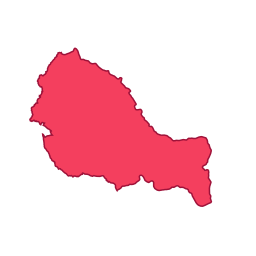 the district of El Peñol, Nariño, Colombia, rotated 105°
{"feature_id": "7082276B8054790353271", "entity_name": "El Peñol", "entity_type": "district", "adm_level": 2, "iso_a3": "COL", "parent_name": "Colombia", "parent_adm1": "Nariño", "projection": "albers", "projection_center": [-77.43, 1.524], "detail": "fine", "context": "isolated", "style": "filled", "palette": "rose", "viewbox_px": 256, "rotation_deg": 105, "n_neighbors": 0, "source": "geoboundaries", "source_scale": "gbopen_adm2", "svg_char_len": 5934}
<svg xmlns="http://www.w3.org/2000/svg" viewBox="0 0 256 256"><g transform="rotate(105 128 128)"><path d="M191.3,122.3L190.7,122.2L189.1,120.4L187.9,119.4L186.0,118.7L185.6,118.2L185.1,116.6L183.9,114.5L183.5,113.2L183.1,112.6L182.2,112.0L181.9,111.5L181.7,110.2L181.1,108.6L179.6,106.5L178.2,105.8L176.0,103.9L175.0,103.4L174.4,103.4L172.3,104.4L171.8,104.5L171.3,104.4L170.6,104.0L170.2,103.0L170.3,102.1L171.0,100.8L172.3,99.5L174.2,98.0L175.0,96.0L175.2,94.6L175.2,93.8L173.6,92.3L173.0,91.5L172.9,90.8L173.2,89.8L174.1,89.1L177.4,88.2L178.0,87.9L179.5,86.4L180.3,84.1L180.4,83.0L180.3,81.7L178.8,78.5L178.5,77.6L177.8,76.2L177.6,75.2L176.3,72.3L175.1,71.0L174.4,70.7L173.8,70.2L173.3,68.2L171.3,66.1L171.0,65.3L171.1,64.3L171.8,62.7L171.8,61.8L171.3,60.7L171.1,59.0L171.7,56.5L171.6,55.0L171.9,54.1L172.1,53.8L173.2,53.2L174.1,52.3L174.5,51.6L174.4,50.9L174.9,49.5L176.1,48.7L176.9,48.3L182.6,42.8L183.9,41.0L184.4,39.5L184.6,37.5L184.2,35.6L182.7,33.6L180.3,30.9L178.6,28.7L178.4,28.4L178.5,28.4L177.6,28.4L174.7,30.2L172.5,30.4L171.9,30.7L171.0,31.8L170.5,32.2L165.4,33.7L163.3,34.0L159.1,33.8L158.6,34.0L155.5,37.4L152.9,37.8L151.3,38.4L150.0,38.5L149.3,38.8L148.1,39.4L147.8,40.1L147.9,41.1L148.3,41.3L149.0,42.7L148.9,43.0L148.2,43.6L148.2,44.0L147.5,45.2L146.6,46.0L146.3,46.0L146.1,45.8L145.3,45.7L144.3,44.7L143.6,43.8L142.9,43.2L141.0,42.8L140.3,42.3L139.7,42.4L139.2,42.7L138.4,42.6L138.1,42.8L134.9,42.1L131.2,41.6L128.5,41.7L127.3,42.3L126.6,43.2L124.4,44.7L123.4,45.1L122.5,46.5L121.7,47.3L120.2,47.8L118.9,48.6L117.4,50.2L117.3,54.3L117.4,55.0L118.4,57.1L120.6,59.9L121.2,62.3L121.3,63.7L121.9,65.2L122.2,66.6L122.5,67.0L124.0,68.0L124.5,68.5L124.9,71.6L126.9,75.4L127.5,78.4L128.0,79.0L128.6,80.8L128.4,81.7L126.7,84.3L126.2,86.5L125.6,87.6L125.3,88.5L125.5,91.3L125.8,92.1L126.4,94.2L126.2,97.3L126.0,98.2L125.6,99.0L124.7,100.0L124.7,100.6L124.0,102.2L122.8,103.0L121.1,104.5L120.8,104.9L120.4,105.8L120.7,106.7L120.7,108.0L120.3,108.4L119.1,108.5L118.8,108.7L116.8,111.7L115.8,114.1L115.2,114.6L114.5,114.7L114.1,115.0L113.8,115.4L113.4,116.6L112.5,117.8L111.7,118.6L110.6,118.9L109.3,118.6L108.5,118.8L107.6,119.3L107.1,120.0L106.8,120.5L106.9,121.2L107.9,123.3L108.1,124.1L108.2,125.0L107.8,125.7L106.6,126.7L105.4,127.3L104.4,127.3L103.5,126.4L102.9,126.3L102.6,126.5L98.0,131.3L97.4,132.4L95.9,133.8L95.1,135.2L94.1,136.1L93.4,136.2L92.2,135.2L91.8,135.1L91.2,135.4L89.9,137.5L89.7,140.8L88.4,142.2L86.2,146.2L85.4,146.9L84.1,146.6L83.6,146.7L83.2,146.9L82.1,146.7L81.7,146.9L81.4,147.2L81.3,147.8L81.4,148.5L81.7,148.9L82.8,149.4L83.1,150.0L83.2,151.1L81.4,154.6L81.3,156.0L81.1,156.8L81.0,158.2L80.5,159.6L80.3,160.0L79.5,160.7L77.9,161.6L77.9,162.3L78.4,162.9L78.6,164.7L78.4,166.1L78.5,167.1L78.1,168.6L76.7,172.0L75.6,173.7L74.5,175.1L74.1,175.9L74.2,176.6L75.1,178.7L75.2,179.8L75.0,181.4L73.5,183.6L73.7,187.1L73.4,188.1L73.3,188.8L73.5,189.6L73.8,190.2L73.9,191.1L73.2,192.0L71.8,192.8L69.3,194.8L67.8,195.6L66.3,196.7L65.0,198.4L64.7,199.7L64.8,200.0L65.7,200.5L67.7,200.7L68.2,201.0L69.4,202.6L70.7,203.9L72.3,206.3L73.1,207.2L73.7,208.7L73.7,210.6L73.5,211.0L72.4,212.0L72.9,212.5L72.8,213.7L73.6,215.0L74.4,214.8L76.3,215.7L77.1,215.3L77.4,215.3L78.8,216.6L79.4,216.8L80.4,216.8L81.4,217.6L84.3,218.8L85.2,219.5L86.1,219.4L86.5,219.5L87.1,219.9L87.4,220.4L88.0,220.4L89.4,220.9L90.2,220.9L91.3,221.1L92.8,220.7L93.5,220.8L94.5,221.0L95.0,221.9L96.0,221.5L96.6,221.5L97.5,221.9L97.9,222.6L98.6,222.9L99.5,223.5L99.6,224.2L99.2,224.9L99.1,225.5L100.0,226.8L100.6,226.9L102.2,226.8L102.7,226.5L104.1,227.4L104.7,227.3L105.7,227.6L106.3,227.5L106.9,226.6L108.1,226.4L109.2,225.4L109.8,225.0L110.2,224.1L110.9,223.4L110.9,223.1L110.5,222.3L110.6,222.0L111.2,221.7L112.2,220.9L112.8,220.9L113.6,220.5L114.3,220.5L114.5,220.0L114.7,219.9L115.1,220.0L115.5,220.6L116.3,220.2L118.1,220.5L119.6,221.3L119.6,221.9L120.3,221.8L120.3,220.8L121.0,220.6L121.5,221.1L122.3,221.5L123.1,222.4L124.7,222.8L125.9,222.6L127.2,221.7L127.6,222.2L127.5,222.9L127.8,223.3L128.4,223.6L129.0,223.6L129.7,224.4L130.3,224.2L130.9,224.2L131.4,224.9L132.5,225.4L132.9,226.2L133.3,226.4L134.0,226.4L134.9,225.9L136.1,225.8L137.0,224.8L137.9,224.7L139.9,223.3L141.0,223.7L141.6,223.5L143.0,224.2L143.9,224.2L144.9,225.0L145.6,224.7L146.4,224.1L146.4,223.1L146.2,222.9L146.4,222.5L145.7,221.9L145.4,221.2L145.0,221.1L144.8,220.8L145.1,220.0L145.6,219.5L145.4,218.6L145.0,218.5L145.0,218.1L145.4,217.7L145.0,216.1L145.7,215.1L147.1,214.1L147.4,213.1L146.0,212.9L144.9,212.4L144.8,211.7L145.2,210.9L144.9,210.5L144.9,209.9L147.3,210.6L147.7,208.6L149.4,205.4L149.6,203.9L150.4,202.3L150.3,202.1L150.7,201.4L150.8,201.3L151.7,202.0L153.7,200.4L154.5,199.3L155.0,201.0L155.9,202.4L156.3,203.5L156.9,204.4L158.3,205.6L158.2,206.3L157.0,207.3L156.2,208.3L156.1,208.8L157.6,208.2L158.9,207.3L161.3,206.5L162.2,206.0L164.7,205.0L165.6,204.8L166.5,204.3L167.7,204.0L168.9,203.1L169.6,201.8L171.0,200.4L171.8,198.8L172.7,198.2L173.7,197.2L174.5,196.9L175.1,196.3L175.5,196.2L175.9,195.8L176.9,195.4L177.5,194.2L179.0,193.0L179.2,192.6L179.2,191.9L179.6,191.4L179.4,191.0L180.0,189.8L180.5,189.9L181.8,189.1L183.3,188.5L183.7,187.9L183.7,187.3L184.0,186.1L184.8,185.2L185.5,184.7L185.7,184.3L185.0,183.6L184.9,182.8L185.6,181.9L185.9,180.4L186.5,179.8L187.7,177.5L188.1,175.8L189.6,173.6L189.7,173.0L189.1,172.0L189.1,171.1L188.6,170.5L188.8,169.8L189.4,168.9L189.5,168.5L188.7,168.2L188.1,166.8L188.2,164.6L188.1,164.4L187.8,164.3L187.8,163.4L186.5,162.3L185.2,161.4L184.5,160.1L183.6,160.4L183.3,160.2L183.3,159.0L183.7,157.8L183.2,155.3L183.3,153.4L183.8,152.0L183.8,149.8L182.8,148.6L182.9,147.7L182.7,145.5L182.0,142.6L180.8,140.6L180.6,139.6L180.7,139.2L182.2,137.6L183.1,135.6L183.8,135.3L184.0,135.5L184.4,135.1L184.4,134.1L185.3,133.1L185.3,132.8L184.7,132.3L185.4,130.5L185.1,128.1L185.2,127.4L185.9,125.8L186.7,125.2L188.3,124.8L188.9,124.5L190.8,122.9L191.3,122.3Z" fill="#f43f5e" stroke="#9f1239" stroke-width="1.5"/></g></svg>